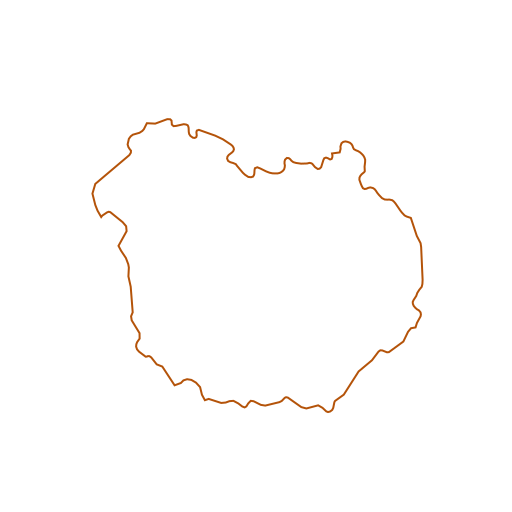 outline of Côte-d'Or, rotated 327°
{"feature_id": "FRA-5282", "entity_name": "Côte-d'Or", "entity_type": "Metropolitan department", "adm_level": 1, "iso_a3": "FRA", "parent_name": "France", "parent_adm1": "", "projection": "orthographic", "projection_center": [4.917, 47.462], "detail": "fine", "context": "isolated", "style": "outline", "palette": "amber", "viewbox_px": 512, "rotation_deg": 327, "n_neighbors": 0, "source": "natural_earth", "source_scale": "10m", "svg_char_len": 3283}
<svg xmlns="http://www.w3.org/2000/svg" viewBox="0 0 512 512"><g transform="rotate(327 256 256)"><path d="M123.8,321.6L117.3,320.1L117.2,297.7L113.7,292.8L112.9,284.0L112.1,282.0L110.8,281.1L109.6,280.9L108.6,280.3L105.8,272.5L105.4,269.5L106.1,266.7L107.6,264.8L109.4,263.5L113.4,261.9L116.3,257.3L116.7,242.3L118.4,238.5L121.9,236.1L134.2,213.5L137.9,203.6L143.1,196.4L144.4,193.3L145.8,186.8L145.7,178.1L146.2,172.6L161.0,164.7L163.3,160.3L162.6,155.0L157.7,139.9L156.6,138.7L154.9,138.3L149.1,138.4L147.4,139.0L147.8,131.7L149.0,125.7L152.8,114.6L160.5,108.0L204.7,102.4L207.3,101.2L208.5,99.6L208.3,97.7L208.3,95.2L209.1,92.5L213.2,88.5L216.1,87.4L218.8,87.2L225.4,89.2L228.8,89.2L231.0,88.6L236.8,85.2L243.6,90.1L256.1,92.9L258.5,94.6L258.9,96.4L257.0,100.0L257.6,102.2L259.9,103.4L267.2,106.1L269.0,107.7L269.9,109.1L269.8,110.3L269.3,111.8L267.2,115.3L266.4,117.3L266.4,119.6L267.5,122.4L268.9,123.6L270.6,123.8L271.9,122.7L273.5,119.6L274.7,118.6L276.8,119.1L287.3,132.8L291.8,140.1L295.6,148.8L296.2,150.8L296.2,152.8L295.6,154.5L294.0,155.7L292.2,156.1L288.2,156.4L286.2,157.1L284.8,158.6L284.4,161.1L285.5,163.3L287.5,165.6L289.1,168.0L289.1,168.4L289.2,170.2L290.3,179.0L291.0,181.8L292.6,185.5L294.7,187.2L296.7,187.8L298.2,187.1L299.3,186.2L301.6,183.1L302.9,181.8L305.4,182.3L307.3,185.0L310.6,190.6L312.8,193.6L314.9,195.7L318.9,198.4L321.0,199.2L323.0,199.4L325.0,199.2L326.8,198.6L328.4,197.2L329.6,195.7L330.3,193.9L331.5,192.2L332.9,191.0L335.3,190.6L336.8,191.8L337.4,193.5L337.6,195.4L338.4,197.6L340.3,199.8L344.1,203.1L349.2,206.2L351.5,207.0L352.7,208.1L353.4,209.3L353.9,213.6L355.2,216.7L356.9,217.4L359.0,217.0L364.8,212.2L366.5,211.2L368.3,211.6L369.5,213.1L370.7,215.4L372.3,215.8L373.7,214.8L374.7,213.6L375.6,211.4L382.6,214.7L385.3,212.2L386.5,210.1L389.1,208.0L391.3,207.8L393.4,208.6L395.0,210.2L396.4,212.1L397.0,214.1L397.0,215.9L396.5,217.9L396.3,219.7L397.4,221.8L398.7,223.6L399.7,225.7L400.3,227.9L400.7,230.1L400.6,232.4L400.0,234.7L398.7,236.6L395.7,240.2L393.5,244.0L393.2,244.3L392.4,244.6L389.1,245.0L387.2,245.6L385.5,246.6L384.2,248.4L383.2,252.6L382.8,254.8L382.6,257.4L383.6,259.0L385.2,259.7L387.2,260.0L389.2,260.7L391.1,262.7L391.9,264.6L392.1,266.7L392.1,269.1L392.4,271.9L393.2,276.1L394.7,278.7L396.7,280.2L398.7,281.4L400.7,283.5L401.3,285.5L401.6,287.9L401.8,296.4L402.0,299.0L402.7,302.9L403.8,304.9L406.6,308.4L401.8,326.7L401.0,334.9L399.4,338.4L382.7,366.8L380.3,370.1L378.2,372.1L374.7,373.2L371.2,374.8L368.6,376.8L364.3,378.7L362.4,379.9L361.5,381.6L361.1,383.7L361.4,386.2L362.0,388.4L363.0,390.3L363.3,392.9L362.5,394.8L361.2,396.2L354.5,399.8L350.9,402.8L346.7,401.0L342.2,402.4L333.0,408.0L315.1,409.0L313.4,408.1L310.5,404.0L308.9,402.8L306.7,402.9L296.5,406.6L279.2,408.7L254.1,420.1L243.5,420.6L242.7,420.9L241.9,421.5L238.1,425.4L236.1,426.6L233.5,426.8L231.4,426.1L230.3,424.6L229.1,419.6L226.8,415.1L215.2,411.3L211.7,407.4L205.6,392.1L204.3,390.8L202.9,390.6L198.6,391.6L196.0,391.3L182.3,386.5L179.0,383.5L174.9,376.5L172.7,374.6L169.2,375.4L166.0,376.9L164.0,376.8L162.5,374.7L160.9,370.1L158.2,365.2L154.7,363.3L150.8,362.4L146.8,360.3L138.5,350.1L134.6,349.1L135.1,342.9L137.7,335.5L136.7,329.5L134.3,324.7L131.1,321.8L127.4,320.8L123.8,321.6Z" fill="none" stroke="#b45309" stroke-width="2"/></g></svg>